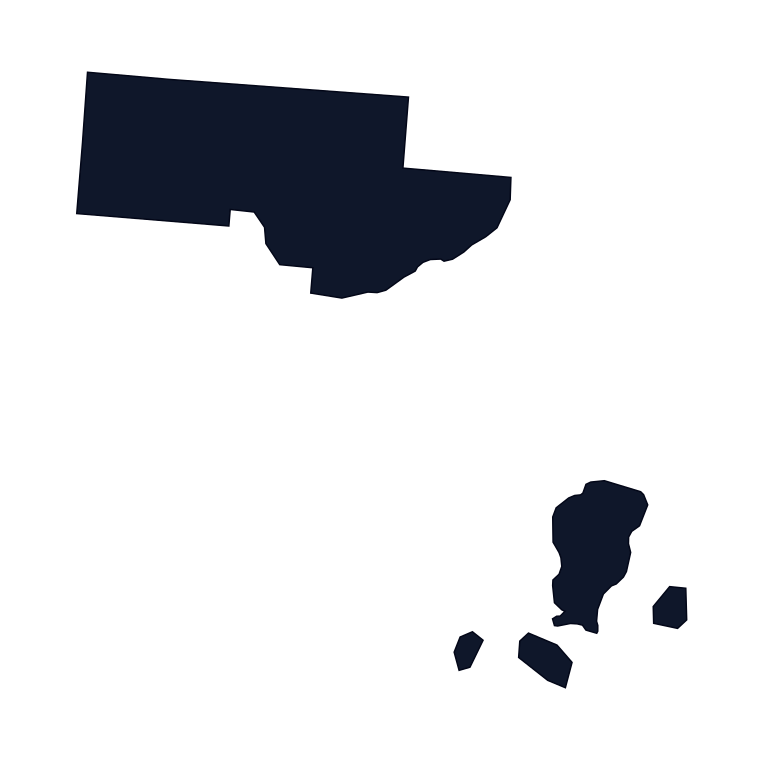 outline of Charlevoix, Michigan, United States of America, rotated 184°
{"feature_id": "52423323B98069421042704", "entity_name": "Charlevoix", "entity_type": "district", "adm_level": 2, "iso_a3": "USA", "parent_name": "United States of America", "parent_adm1": "Michigan", "projection": "robinson", "projection_center": [-85.407, 45.472], "detail": "fine", "context": "isolated", "style": "filled", "palette": "ink", "viewbox_px": 768, "rotation_deg": 184, "n_neighbors": 0, "source": "geoboundaries", "source_scale": "gbopen_adm2", "svg_char_len": 1389}
<svg xmlns="http://www.w3.org/2000/svg" viewBox="0 0 768 768"><g transform="rotate(184 384 384)"><path d="M701.6,603.6L702.4,532.6L549.8,530.8L549.6,547.4L525.5,546.5L514.1,532.0L511.6,515.8L496.3,495.8L463.1,495.0L463.4,469.6L432.0,466.8L406.5,474.6L397.2,474.7L388.7,477.7L371.6,492.0L360.7,498.9L358.8,503.1L353.6,508.1L346.5,511.4L336.1,512.6L332.7,510.7L324.3,513.3L313.5,521.3L306.3,528.8L292.8,538.0L282.2,547.7L271.0,576.6L271.8,598.9L380.2,600.7L379.6,671.9L620.8,672.9L701.5,674.3L701.6,603.6ZM112.5,281.8L117.3,291.7L120.4,294.4L157.4,302.9L170.9,300.6L175.5,298.0L178.0,289.0L180.2,287.1L186.0,286.1L191.8,283.2L203.6,272.5L206.4,263.1L204.3,238.0L197.6,228.1L195.4,223.1L193.9,214.4L196.1,206.4L201.8,200.3L201.7,194.7L198.7,177.7L190.8,171.1L187.6,170.0L192.1,164.7L195.5,164.4L199.5,161.5L197.1,154.9L193.9,154.7L181.4,158.1L174.6,158.2L169.2,157.3L165.4,152.6L154.4,150.2L153.5,152.3L153.9,158.1L155.4,162.2L155.2,174.1L150.5,189.8L143.0,198.5L138.4,200.7L131.7,208.1L129.1,213.8L126.2,233.2L129.0,241.7L129.3,248.4L126.6,254.3L119.2,260.4L112.5,281.8ZM181.9,93.7L177.0,119.4L193.2,135.6L222.5,145.6L230.6,137.0L230.6,120.6L200.0,99.8L181.9,93.7ZM65.6,169.8L68.7,201.3L84.9,201.8L99.9,180.8L98.3,164.1L74.1,160.7L65.6,169.8ZM267.3,135.3L278.5,143.0L290.4,136.9L295.3,121.4L289.1,103.6L278.5,107.5L267.3,135.3Z" fill="#0f172a" stroke="#020617" stroke-width="1.5"/></g></svg>